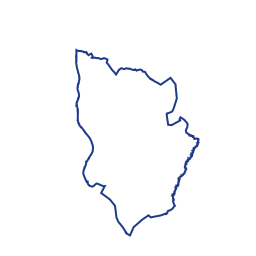 the district of Briģu pag., Ludzas, Latvia, rotated 59°
{"feature_id": "27541924B47965156776634", "entity_name": "Briģu pag.", "entity_type": "district", "adm_level": 2, "iso_a3": "LVA", "parent_name": "Latvia", "parent_adm1": "Ludzas", "projection": "mercator", "projection_center": [28.122, 56.451], "detail": "fine", "context": "isolated", "style": "outline", "palette": "blue", "viewbox_px": 256, "rotation_deg": 59, "n_neighbors": 0, "source": "geoboundaries", "source_scale": "gbopen_adm2", "svg_char_len": 5655}
<svg xmlns="http://www.w3.org/2000/svg" viewBox="0 0 256 256"><g transform="rotate(59 128 128)"><path d="M88.5,162.8L95.4,167.0L96.3,167.3L96.2,167.4L98.2,167.9L98.3,167.7L99.3,167.8L99.2,168.1L100.8,168.2L103.2,167.9L103.2,167.6L109.1,166.9L109.1,167.1L110.4,167.0L112.2,166.6L116.8,166.0L119.0,166.1L121.0,166.4L124.2,167.1L126.3,167.8L129.0,169.7L129.9,170.4L131.2,172.3L133.6,177.2L134.0,177.1L134.3,178.2L135.2,180.0L135.5,180.9L135.3,181.2L136.0,181.7L136.3,181.6L138.3,183.6L139.2,185.2L139.7,185.7L139.5,185.8L140.1,186.4L140.1,186.1L141.6,188.0L143.7,189.6L144.6,190.0L147.9,190.6L153.0,191.2L153.1,190.2L155.4,191.1L156.1,191.1L156.6,190.8L157.3,190.9L158.0,190.6L159.8,188.8L160.1,188.3L159.6,185.2L159.4,183.7L159.5,183.4L159.7,183.1L160.6,182.4L165.2,179.1L165.8,177.8L169.9,184.5L180.0,180.3L188.0,179.2L198.8,184.0L203.6,184.6L210.3,183.6L216.5,183.4L216.4,183.7L217.5,183.7L221.1,181.6L215.9,174.2L213.9,163.2L213.4,155.4L216.3,154.5L219.7,145.3L220.5,141.6L220.4,141.1L220.6,140.2L221.4,139.9L221.4,139.7L221.3,139.1L221.0,138.8L221.2,138.3L220.8,138.1L220.2,137.1L219.7,136.5L219.7,135.8L220.1,135.2L220.2,132.1L220.0,131.2L219.1,129.0L218.8,127.8L217.6,127.9L214.4,127.3L213.3,126.6L213.4,126.0L213.3,125.7L212.7,125.7L211.5,125.4L211.4,125.6L211.1,125.3L210.7,125.2L209.9,125.0L209.6,124.8L209.2,124.9L209.2,124.5L208.9,124.8L208.6,124.0L208.3,124.0L208.5,123.7L208.1,123.3L208.2,123.2L208.3,122.9L208.2,122.7L208.3,122.5L208.0,122.4L208.0,122.1L207.8,121.8L207.4,121.7L207.6,121.4L206.5,120.9L206.2,120.0L205.8,119.9L205.8,119.6L205.1,118.8L204.9,118.3L204.5,118.5L204.2,118.3L204.2,118.0L203.8,118.2L203.2,117.9L203.3,117.4L203.2,116.9L202.9,116.8L203.1,116.2L202.8,116.1L203.1,115.9L203.4,115.5L203.2,115.2L202.9,115.1L203.0,114.8L202.7,114.7L202.7,114.4L202.6,114.1L202.2,114.2L202.2,113.8L201.8,113.5L201.0,113.4L200.9,113.2L201.1,113.0L200.8,112.6L200.1,112.4L200.0,111.9L199.7,111.9L199.7,111.6L198.9,110.9L198.6,111.0L198.6,110.7L198.2,110.7L198.4,110.5L198.0,110.3L198.0,110.0L197.8,110.0L197.7,109.7L197.1,109.7L197.1,109.4L196.8,109.0L196.8,108.5L196.6,108.3L196.8,107.7L196.9,106.9L196.7,106.8L196.7,106.5L196.3,106.5L196.4,106.3L196.3,106.0L196.4,105.7L196.1,105.6L196.1,105.1L196.5,105.1L196.5,104.9L196.2,104.7L196.2,104.2L195.7,103.2L195.9,102.9L195.6,102.6L195.3,102.5L195.2,102.3L195.0,102.0L194.8,101.8L194.8,101.4L194.6,101.3L194.5,101.0L193.9,100.6L193.8,100.4L193.3,99.8L193.3,99.6L192.8,99.7L192.8,99.2L192.4,99.2L192.2,99.0L191.7,99.1L191.5,99.4L191.0,99.5L190.5,99.3L190.5,99.0L190.2,99.0L189.8,98.4L189.3,98.0L189.3,97.6L189.1,97.4L189.1,97.0L188.5,97.1L188.4,97.0L188.4,96.7L188.0,96.9L187.8,96.7L187.7,96.4L187.7,95.9L187.3,95.7L187.5,95.5L187.4,95.3L186.9,95.2L187.2,94.5L186.9,94.3L187.2,94.1L187.1,93.9L187.2,93.7L186.4,93.5L186.4,93.2L186.1,93.1L185.8,92.7L186.0,92.5L186.0,92.2L186.2,91.9L186.1,91.7L185.6,91.6L186.3,91.2L186.1,91.0L185.6,91.1L185.9,90.6L186.0,90.3L185.8,90.1L185.8,89.8L185.5,89.6L185.5,89.3L185.3,88.9L184.9,88.8L184.9,88.5L185.2,88.3L185.1,88.1L185.1,87.7L184.6,87.3L184.0,87.6L184.1,87.3L184.1,87.1L183.5,87.0L183.8,86.5L183.7,86.3L183.5,86.2L182.5,86.4L182.8,85.5L182.6,84.9L182.0,84.4L181.8,84.5L181.7,84.7L181.3,84.6L181.1,84.4L180.6,84.5L180.6,84.3L181.0,83.9L180.7,83.4L180.9,83.1L180.3,82.8L180.3,82.5L179.7,82.5L179.7,82.0L179.1,82.0L179.1,81.3L179.4,81.1L179.1,80.7L179.3,80.4L179.2,79.6L178.8,79.4L178.9,79.2L179.2,79.2L179.2,78.5L179.1,78.3L178.6,78.3L178.4,78.1L178.4,77.9L178.7,77.7L178.6,77.4L178.4,77.2L178.2,77.4L177.8,77.1L177.9,76.9L177.8,76.7L177.2,76.6L177.4,76.4L177.2,76.3L177.3,76.0L176.7,75.5L176.7,75.2L176.0,75.4L175.9,75.3L175.8,74.9L175.4,74.4L174.6,74.3L174.3,73.7L174.0,73.3L173.6,73.3L173.0,74.3L172.5,74.3L171.8,75.6L171.8,76.5L171.6,76.8L170.2,76.5L169.8,76.6L169.1,77.2L168.8,77.0L168.9,76.2L168.7,76.1L168.3,76.6L167.1,77.4L167.4,77.8L167.1,78.2L166.4,78.2L166.3,78.4L166.5,78.8L166.3,79.2L165.9,79.3L165.1,78.9L162.1,80.4L161.6,80.1L160.2,79.9L159.4,79.1L158.0,76.9L156.0,75.4L155.5,74.9L154.0,74.8L150.7,75.4L149.8,75.6L145.9,77.5L146.8,79.2L148.4,79.4L148.0,89.2L145.9,91.9L137.9,88.6L135.6,87.4L136.5,83.3L136.6,81.8L135.6,79.9L134.7,78.7L127.8,70.9L117.6,66.1L115.1,64.8L106.9,65.7L107.7,77.7L103.4,80.0L101.5,81.4L100.3,81.6L99.9,82.1L99.2,82.3L98.9,82.7L98.2,82.8L98.0,83.1L97.6,83.1L97.4,83.5L96.9,83.8L95.8,83.7L93.9,84.3L90.4,84.6L88.7,84.5L87.2,86.3L86.4,86.2L85.4,86.4L84.3,87.1L83.9,88.5L83.3,89.4L83.3,91.0L81.6,91.6L81.9,92.0L81.6,92.4L81.6,92.8L79.9,94.6L77.8,96.1L77.4,97.3L77.0,97.5L75.9,98.7L75.8,99.1L75.8,100.0L75.6,100.7L75.4,101.2L74.4,101.9L74.2,102.3L73.9,102.4L73.3,103.0L73.2,103.5L73.3,103.9L73.6,105.2L73.4,105.6L76.0,110.7L72.7,111.1L70.2,111.7L63.2,112.2L61.0,112.6L60.0,111.4L58.6,110.3L56.1,112.2L55.7,112.7L55.3,115.1L54.1,116.5L52.8,117.3L51.5,119.5L50.7,120.0L49.3,122.9L49.0,122.9L49.0,121.5L47.4,121.2L45.3,121.2L45.2,124.3L42.7,125.0L42.2,124.5L41.8,124.5L41.4,124.6L41.3,124.8L41.2,125.5L40.3,126.3L40.3,126.9L40.1,127.0L39.7,126.8L38.1,128.5L37.7,128.6L37.5,129.3L37.0,129.7L36.7,130.6L35.2,131.8L34.6,132.1L35.1,132.5L35.3,132.3L38.7,134.5L38.7,134.8L39.7,135.5L39.8,135.2L40.7,135.7L40.6,135.9L42.3,136.9L42.4,136.7L44.1,137.8L44.0,138.0L45.3,138.8L50.5,140.9L53.0,141.5L55.0,142.3L55.3,142.2L57.8,142.9L60.0,143.8L60.5,144.1L60.4,144.2L60.6,144.3L61.8,145.1L63.3,146.5L64.5,147.4L64.3,147.8L66.7,150.0L66.9,149.8L67.9,150.7L69.1,151.5L71.5,151.9L74.6,153.0L76.0,154.0L77.4,155.6L77.1,155.7L79.6,158.3L79.5,158.5L80.0,158.9L80.0,159.1L81.8,160.4L81.8,160.2L82.6,160.6L82.7,160.3L83.0,160.5L86.0,161.5L86.8,162.0L86.8,161.7L88.6,162.7L88.5,162.8Z" fill="none" stroke="#1e3a8a" stroke-width="2"/></g></svg>